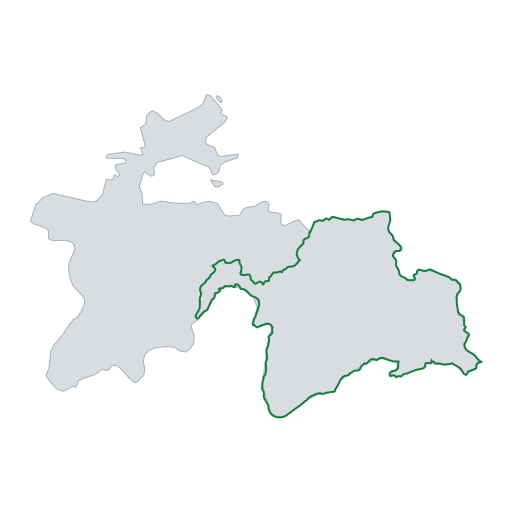 location of Gorno-Badakhshan within Tajikistan
{"feature_id": "TJK-366", "entity_name": "Gorno-Badakhshan", "entity_type": "Region", "adm_level": 1, "iso_a3": "TJK", "parent_name": "Tajikistan", "parent_adm1": "", "projection": "albers", "projection_center": [72.466, 38.073], "detail": "fine", "context": "in_parent", "style": "outline", "palette": "green", "viewbox_px": 512, "rotation_deg": 0, "n_neighbors": 0, "source": "natural_earth", "source_scale": "10m", "svg_char_len": 9733}
<svg xmlns="http://www.w3.org/2000/svg" viewBox="0 0 512 512"><path d="M46.4,374.0L48.9,368.8L50.8,351.0L54.0,345.0L63.1,334.3L68.0,326.1L73.3,319.5L77.1,317.3L80.6,312.1L83.7,306.0L84.6,302.1L84.5,299.1L83.6,297.1L73.1,285.8L70.2,279.0L68.8,270.4L68.6,264.5L75.1,248.4L74.3,245.7L72.8,243.0L69.5,241.3L64.7,240.4L53.7,240.6L49.5,239.5L48.5,238.4L48.4,231.0L47.4,229.3L45.6,227.8L33.4,223.7L31.1,222.1L30.7,220.2L36.0,204.0L38.0,202.8L43.0,197.5L53.2,193.4L86.1,201.1L91.6,202.0L95.3,201.6L97.8,199.8L102.5,194.6L106.2,179.7L108.9,179.3L111.6,180.1L113.0,178.8L114.2,175.2L115.4,174.9L117.3,176.8L119.4,175.2L119.2,173.7L117.0,171.2L115.2,167.2L116.2,164.5L124.8,163.3L125.7,162.0L125.5,159.8L123.3,158.4L107.1,158.3L106.2,157.0L106.7,155.5L108.0,154.4L125.0,152.1L140.5,155.3L143.1,154.6L140.2,147.9L144.5,147.4L145.1,145.1L140.2,127.3L143.3,125.9L146.4,122.5L146.4,115.9L149.2,112.8L152.4,110.7L157.0,113.1L164.1,119.8L168.8,121.6L192.8,110.2L201.7,105.1L203.2,103.1L206.4,95.2L208.0,94.7L210.2,95.6L222.0,109.4L222.0,111.2L220.7,112.5L220.9,113.9L227.1,116.9L227.1,118.2L224.8,122.0L206.0,137.5L205.3,142.6L206.7,144.4L214.3,147.2L218.0,155.5L220.8,156.5L238.1,154.0L238.2,155.3L237.4,157.8L225.6,161.7L220.2,165.1L218.9,171.4L217.5,173.1L215.0,174.6L212.7,174.8L209.2,167.4L182.1,155.5L157.3,162.5L153.6,168.0L154.5,173.3L153.8,175.5L151.3,176.2L144.4,171.6L142.6,175.3L139.4,186.7L142.1,193.9L142.7,204.3L152.1,204.1L159.9,201.2L163.8,201.3L169.8,202.8L180.2,203.4L190.5,203.3L192.5,201.4L194.7,202.1L196.6,204.6L205.1,201.8L211.3,201.6L217.3,203.4L224.3,214.7L228.0,216.1L239.8,215.1L243.3,209.1L246.3,207.6L255.2,206.2L262.7,201.6L266.5,201.3L268.3,202.9L269.1,205.0L268.2,210.5L270.7,212.4L277.9,212.9L281.2,214.7L280.8,223.3L283.8,225.4L285.4,225.6L296.0,220.1L298.9,220.1L304.9,226.8L309.6,230.8L310.7,230.2L312.9,225.9L316.9,221.2L328.7,218.3L333.0,217.6L346.3,219.5L359.8,219.3L367.0,218.3L372.7,215.4L375.6,213.2L380.3,211.8L389.5,212.6L389.9,216.4L388.4,228.8L393.2,237.9L399.4,245.4L400.0,247.9L399.4,249.9L395.7,251.9L394.4,254.0L393.8,256.4L395.0,259.1L397.3,267.8L400.1,274.6L404.1,277.8L409.9,279.8L413.1,279.3L415.3,274.2L419.1,270.3L427.5,270.2L441.2,274.3L454.7,280.7L458.7,284.2L460.2,288.3L456.7,298.0L457.0,304.1L458.0,310.6L461.2,315.4L464.2,323.6L465.0,330.4L467.3,334.8L465.1,347.5L466.4,349.6L477.3,358.3L478.7,363.1L476.4,366.2L472.4,370.0L465.6,374.8L455.9,365.8L451.7,363.1L443.8,364.2L433.5,361.7L428.2,362.1L425.0,365.3L422.9,368.5L417.7,369.6L398.5,376.1L392.9,375.6L391.3,374.0L392.6,371.8L396.5,368.9L397.5,365.5L396.6,362.3L382.6,358.6L376.8,359.4L366.8,363.4L348.3,374.0L340.2,381.0L334.4,391.6L316.8,395.0L304.6,401.1L292.1,410.9L283.8,416.2L279.7,416.9L275.7,415.9L271.7,413.2L267.8,404.9L262.3,384.0L266.9,349.0L269.4,334.8L271.5,329.7L271.6,326.3L269.9,324.6L266.1,324.7L260.4,326.5L256.4,326.8L254.0,325.5L254.3,318.9L257.3,307.0L253.0,296.8L241.3,288.5L231.4,285.5L223.1,287.8L216.0,294.2L210.1,304.6L204.1,313.1L197.9,319.6L192.0,323.9L191.1,326.7L194.1,335.7L193.7,343.2L189.9,349.1L185.8,351.9L181.4,351.5L178.0,350.0L175.4,347.4L168.5,346.6L157.0,347.4L149.1,350.1L144.7,354.9L143.3,361.3L144.8,369.4L143.7,375.5L137.0,382.0L134.7,382.5L129.8,378.7L122.5,370.4L117.4,365.9L114.6,365.1L111.2,366.3L109.2,369.6L106.7,370.4L103.3,369.5L100.1,370.1L98.1,372.6L92.7,375.4L83.1,378.3L77.8,381.7L76.8,385.5L75.3,387.2L72.5,386.4L63.7,391.3L57.3,389.4L50.4,382.2L46.6,376.4L46.4,374.0ZM223.0,184.3L217.9,187.0L214.9,186.6L211.1,181.2L210.7,179.8L221.0,182.0L222.9,182.7L223.0,184.3ZM221.9,102.2L220.2,102.4L217.2,98.8L216.3,96.4L217.5,95.6L220.0,97.4L221.7,100.5L221.9,102.2Z" fill="#d9dde1" stroke="#a8b0b8" stroke-width="1"/><path d="M382.7,211.3L388.0,211.8L389.6,212.6L389.6,214.0L390.2,218.2L390.3,219.8L390.2,220.9L388.5,226.1L388.1,228.3L388.4,230.4L389.8,232.8L392.2,235.1L392.8,236.2L393.7,239.9L394.4,240.8L397.8,243.4L399.7,245.5L400.5,246.0L401.1,247.2L401.3,248.5L401.1,249.6L400.2,250.5L399.0,251.0L396.2,251.0L394.9,251.6L394.1,252.5L393.4,253.7L392.9,255.0L393.1,256.4L393.8,257.4L395.5,259.3L396.1,260.3L396.3,261.8L396.0,265.0L396.3,266.2L398.4,269.6L398.8,270.7L399.4,273.7L399.9,274.9L401.0,276.1L402.0,276.7L404.1,277.5L405.1,278.0L406.9,279.6L407.8,280.2L413.3,280.3L414.3,280.0L415.0,278.8L414.6,277.6L413.8,276.4L413.7,275.0L414.2,274.6L416.4,273.8L416.8,273.3L417.0,271.4L417.8,270.2L418.6,269.7L419.6,269.7L423.2,270.8L424.3,271.0L425.6,271.0L429.6,269.5L430.8,269.6L439.0,273.5L448.9,277.0L451.9,279.7L453.2,279.9L454.5,279.7L455.6,279.9L456.5,280.6L458.0,282.6L459.5,283.5L459.9,284.0L460.6,287.4L460.6,288.8L460.3,290.2L459.7,291.4L457.3,294.2L456.8,295.4L456.6,296.8L456.8,303.8L458.1,312.2L459.3,314.3L463.5,316.5L464.2,318.5L464.1,323.2L464.3,325.6L464.5,326.0L465.7,326.9L465.6,327.4L464.6,329.0L464.2,329.2L464.0,329.6L464.2,330.6L464.5,331.2L464.9,331.5L467.9,333.1L468.6,333.8L468.9,335.1L468.7,335.8L467.0,338.6L466.6,340.5L464.5,343.7L464.3,345.1L464.9,347.7L466.3,349.7L468.2,351.3L473.5,354.3L474.6,355.2L477.7,359.0L479.4,360.6L481.3,361.9L478.4,362.9L477.1,363.6L476.4,364.9L476.3,367.7L475.9,368.6L470.5,370.8L469.1,371.0L468.0,371.7L466.9,374.2L465.7,374.8L463.9,373.9L461.1,369.4L459.4,367.6L451.8,363.2L450.1,364.1L443.6,364.7L441.0,364.0L439.7,363.5L437.6,363.8L435.2,363.5L434.6,363.4L433.7,361.9L433.2,361.6L432.5,361.6L431.8,362.1L431.5,361.2L430.9,363.2L429.4,363.4L427.7,363.0L426.2,363.0L425.2,364.0L425.2,366.5L424.1,367.8L422.7,368.5L416.2,369.9L411.8,371.6L410.6,371.9L407.3,373.5L404.8,373.8L403.6,374.2L401.4,376.3L400.6,376.5L398.3,376.2L397.7,376.4L396.8,377.2L396.2,377.2L394.5,375.4L393.2,375.3L390.8,376.1L389.8,375.6L389.6,374.0L390.3,372.6L391.5,371.5L392.7,371.0L395.0,370.8L395.8,370.3L396.8,369.5L397.8,368.3L398.2,367.2L398.1,364.1L398.6,361.6L396.5,361.4L393.9,361.5L389.8,360.4L382.8,357.9L380.2,358.0L376.6,360.1L375.6,359.8L374.6,359.2L373.2,359.1L371.7,359.2L370.6,359.6L369.6,360.3L366.8,363.4L366.2,363.8L364.9,363.3L364.4,363.5L362.2,365.2L361.2,366.4L360.3,368.5L359.6,369.6L358.4,370.4L354.2,370.8L350.0,373.4L348.7,375.0L347.3,375.5L344.5,376.0L342.2,377.5L340.4,379.9L337.7,385.6L335.3,389.5L334.9,390.9L334.4,391.6L325.6,392.9L323.6,393.9L319.6,393.2L316.9,393.7L310.9,396.2L308.6,397.8L306.6,400.3L304.6,401.4L303.1,403.1L285.8,415.8L283.5,416.8L280.6,417.3L277.7,417.3L275.0,416.6L272.5,415.3L270.5,413.2L269.7,411.9L269.1,410.5L268.7,409.0L268.3,405.6L267.7,404.1L264.4,398.6L263.9,397.3L263.8,395.7L263.8,392.6L263.6,391.8L262.3,389.4L262.1,388.5L262.3,384.0L262.8,381.0L263.2,379.9L263.6,379.2L263.4,377.4L265.6,373.7L265.7,371.7L266.0,370.8L266.2,369.2L266.1,366.1L265.7,363.3L265.9,362.2L266.6,360.6L267.2,357.6L266.4,351.6L266.7,348.4L267.9,346.4L268.4,343.4L269.2,340.4L268.5,337.3L268.9,336.0L271.1,334.6L272.0,333.3L272.3,332.0L272.3,330.2L272.1,327.7L272.5,327.2L270.8,325.0L269.0,323.8L266.9,323.6L259.8,326.0L257.6,327.4L256.3,326.9L254.2,325.0L253.5,324.9L253.1,325.1L252.8,324.9L252.6,324.0L252.7,323.2L253.3,321.5L253.7,319.6L255.5,316.4L256.3,313.4L257.4,311.3L257.8,309.1L258.9,306.0L259.2,304.3L258.9,301.0L257.5,298.8L255.6,297.5L250.8,295.4L247.3,291.6L245.1,289.9L243.5,289.1L242.8,288.9L241.2,289.1L240.6,288.6L240.2,288.0L239.4,286.1L238.3,284.9L237.6,284.5L236.9,284.3L235.5,284.3L235.1,284.8L235.3,286.5L234.7,287.2L233.3,286.9L230.9,285.7L230.2,285.8L229.7,286.4L229.3,286.6L227.3,286.1L225.5,286.1L224.5,286.3L223.4,288.0L220.0,288.3L218.9,289.0L218.9,289.5L220.1,290.4L219.6,291.3L217.0,293.0L215.6,292.9L215.1,293.2L214.8,293.9L214.8,296.0L214.0,298.5L211.9,299.4L211.3,301.2L209.6,304.5L208.0,308.6L207.2,309.8L206.6,310.4L204.6,311.2L204.0,311.6L201.4,314.3L198.7,317.7L198.2,318.0L197.0,318.6L195.7,316.7L195.7,315.8L196.3,314.3L198.9,310.0L199.6,307.9L199.8,307.0L199.9,302.9L199.7,299.1L200.2,296.7L201.0,295.0L201.1,293.7L200.7,291.8L200.1,290.7L200.0,290.1L200.3,287.7L201.1,285.9L205.1,282.6L205.8,281.7L206.0,280.6L209.6,277.5L210.7,275.0L213.4,272.7L214.1,272.0L215.2,270.3L215.3,269.3L215.0,268.4L214.4,267.6L212.7,266.3L212.5,265.8L212.7,265.5L215.2,264.4L218.5,261.7L219.4,261.1L223.4,259.7L224.1,259.8L224.8,260.8L225.4,262.6L225.6,262.9L227.9,262.8L229.7,263.0L231.2,262.7L233.2,261.3L236.0,260.1L238.4,259.8L239.1,260.0L239.5,260.5L239.3,262.6L241.4,266.7L241.6,267.7L241.3,269.3L241.3,270.9L240.5,272.9L240.4,273.8L241.0,274.5L242.7,275.1L245.2,275.0L248.1,274.4L248.8,274.5L249.6,275.0L250.2,275.9L250.5,277.0L250.6,278.5L250.9,279.5L251.5,280.3L253.0,281.5L254.5,283.4L254.8,283.6L255.5,283.6L256.4,283.3L258.9,281.8L259.9,281.6L260.7,281.9L261.5,282.4L262.1,283.1L262.8,284.3L263.1,284.5L263.3,284.4L264.0,282.6L265.3,281.3L266.1,281.1L267.9,281.1L268.4,281.0L268.9,280.6L269.1,279.9L269.1,278.0L269.3,277.3L269.6,276.9L270.9,276.3L271.7,274.7L273.4,272.6L274.0,272.4L275.0,272.4L276.7,272.5L280.1,271.5L280.8,271.6L281.6,272.2L281.9,272.1L282.2,271.8L283.0,270.3L283.4,269.9L285.3,269.3L286.7,267.9L287.5,267.2L289.9,266.6L292.8,266.4L294.8,265.5L297.2,263.2L298.2,261.5L299.9,260.2L298.2,258.4L296.9,255.6L296.7,254.6L296.8,253.5L297.0,252.8L297.2,251.2L297.9,249.2L299.7,247.2L302.9,244.0L303.4,243.2L303.6,242.6L303.4,241.2L303.5,240.3L303.9,239.7L305.9,238.5L307.8,237.7L308.6,237.2L309.0,236.6L309.2,235.9L309.3,233.8L309.5,232.1L310.2,232.1L312.5,226.9L313.9,223.0L314.5,221.8L315.6,221.5L316.8,221.3L318.9,220.2L319.9,220.2L321.8,220.7L323.7,220.6L325.5,218.7L326.1,218.4L327.0,218.6L328.4,219.6L329.4,219.6L330.0,219.2L331.1,217.8L331.7,217.3L332.7,217.0L333.6,217.0L344.2,219.8L345.0,219.7L347.5,219.2L348.7,219.3L353.3,220.4L354.1,220.3L356.9,218.8L357.6,218.6L359.3,219.3L361.3,219.9L363.2,219.7L368.9,217.7L372.2,217.0L372.6,216.3L372.7,215.2L373.1,214.1L374.5,213.1L380.7,211.5L382.7,211.3Z" fill="none" stroke="#15803d" stroke-width="2"/></svg>